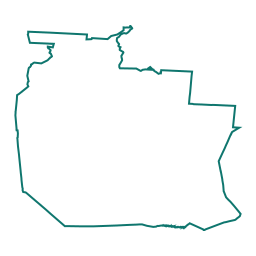 the district of Popes pag., Ventspils, Latvia
{"feature_id": "27541924B60510236800280", "entity_name": "Popes pag.", "entity_type": "district", "adm_level": 2, "iso_a3": "LVA", "parent_name": "Latvia", "parent_adm1": "Ventspils", "projection": "natural_earth1", "projection_center": [21.892, 57.437], "detail": "fine", "context": "isolated", "style": "outline", "palette": "teal", "viewbox_px": 256, "rotation_deg": 0, "n_neighbors": 0, "source": "geoboundaries", "source_scale": "gbopen_adm2", "svg_char_len": 4882}
<svg xmlns="http://www.w3.org/2000/svg" viewBox="0 0 256 256"><path d="M64.9,226.2L66.1,226.1L78.9,226.3L94.5,226.3L116.6,225.5L128.9,224.9L136.7,224.6L138.0,224.5L139.8,224.4L142.1,224.4L146.9,225.8L153.3,226.9L156.2,226.6L156.6,226.3L157.7,225.9L158.8,226.0L160.1,225.7L161.7,225.5L162.0,225.5L162.4,225.6L162.5,225.6L162.8,225.4L162.9,225.5L163.1,225.5L163.0,225.3L163.1,225.2L163.2,225.3L163.3,225.4L163.3,225.5L163.8,225.4L164.3,225.4L164.3,225.5L164.2,225.6L164.5,225.6L164.4,225.7L164.6,225.7L164.7,225.9L164.8,225.9L164.9,225.7L165.2,225.6L165.2,225.8L165.3,225.9L165.4,226.0L165.5,225.9L165.8,225.9L165.8,225.7L166.2,225.8L166.3,225.7L166.5,226.0L166.6,225.9L166.9,225.8L167.0,225.9L167.2,225.7L167.3,225.6L167.5,225.7L167.8,225.6L167.9,225.9L168.0,225.9L167.9,226.0L168.2,226.0L168.3,226.0L168.3,225.9L168.6,225.8L168.9,226.0L169.2,226.1L169.3,226.1L169.6,226.2L169.8,226.1L169.9,226.3L170.2,226.2L170.4,226.1L170.5,226.1L170.4,226.2L170.3,226.3L170.6,226.3L170.7,226.2L170.7,226.3L171.0,226.4L171.0,226.5L171.5,226.7L171.5,226.4L171.8,226.4L171.9,226.2L172.0,226.2L172.0,226.3L172.4,226.2L172.5,226.1L172.9,226.2L173.1,226.2L173.0,226.4L173.4,226.3L173.2,226.5L173.7,226.7L173.9,226.6L174.0,226.9L174.2,227.0L174.4,226.9L174.4,227.0L174.6,227.1L174.5,227.3L174.7,227.1L174.8,227.1L174.9,227.3L175.1,227.3L175.1,227.2L175.3,227.3L175.4,227.2L175.5,227.1L175.8,227.3L175.9,227.2L176.0,227.2L176.4,227.3L176.6,227.1L176.8,227.1L176.9,227.3L177.0,227.3L177.0,227.2L177.2,226.9L177.4,226.9L177.5,227.0L177.9,227.0L178.1,226.9L178.3,227.1L178.6,227.1L178.8,227.2L179.2,227.1L179.5,227.1L179.8,227.3L180.0,227.2L180.0,227.3L180.3,227.3L180.2,227.2L180.3,227.1L180.6,227.2L180.5,227.3L180.8,227.2L180.8,227.3L181.0,227.3L181.2,227.2L181.4,227.2L181.6,227.2L181.6,227.3L181.7,227.2L181.8,227.2L182.0,227.3L182.0,227.1L182.1,227.3L182.3,227.3L182.5,227.1L183.2,227.1L183.1,226.9L183.4,226.9L183.5,226.9L183.6,227.0L183.8,227.0L184.0,227.1L184.0,227.3L184.2,227.1L184.4,227.1L184.3,227.3L184.2,227.3L184.3,227.5L184.5,227.2L184.7,227.4L184.9,227.3L185.0,227.2L185.3,227.2L185.4,226.9L185.5,226.8L185.7,226.6L185.8,226.4L186.2,226.0L186.6,225.8L187.0,225.3L187.5,225.0L187.6,224.8L187.8,224.6L188.4,224.4L188.8,224.1L189.7,223.3L203.4,229.5L203.6,230.0L204.6,230.0L205.5,229.4L217.4,224.9L224.1,222.4L225.9,222.1L229.4,221.2L234.8,220.0L235.5,219.7L237.7,217.8L238.1,217.6L239.8,216.2L240.6,213.9L239.0,211.9L234.3,206.2L230.4,201.7L228.3,199.7L226.1,197.3L223.8,191.4L223.7,191.3L223.2,185.0L222.4,180.5L222.3,179.3L220.8,171.3L220.7,171.3L218.7,161.2L222.9,152.1L224.7,148.3L225.9,145.5L227.3,142.5L230.1,136.0L231.1,133.9L231.2,134.0L232.1,132.0L239.2,127.7L233.0,127.3L235.2,105.9L215.6,105.0L212.5,104.9L211.4,105.0L201.7,104.5L193.6,104.2L192.7,103.9L189.0,103.7L189.6,96.9L190.1,93.1L191.6,75.7L192.1,71.6L161.2,70.2L161.0,72.2L160.7,72.2L160.8,73.3L160.1,73.3L158.5,73.8L156.1,72.0L154.3,71.0L153.5,69.6L152.6,69.4L150.2,67.0L148.5,68.2L150.4,69.7L145.3,69.4L142.6,69.8L140.9,70.9L140.6,70.9L136.2,68.5L132.6,68.5L119.9,68.3L119.3,67.1L119.3,65.0L120.5,63.1L122.1,60.3L122.1,60.1L122.0,58.9L121.8,58.6L121.8,58.2L121.5,57.2L121.4,56.2L121.4,55.8L121.6,55.5L122.0,54.9L122.9,53.4L123.3,52.8L123.4,52.6L123.2,52.0L123.0,51.8L122.5,51.6L120.1,50.2L119.8,50.0L119.7,49.3L119.8,49.0L119.9,48.2L120.2,47.8L120.5,47.2L118.7,46.4L118.5,46.2L118.4,45.9L118.4,45.7L119.1,44.1L119.0,43.9L118.0,42.8L117.3,41.8L116.8,41.0L116.8,40.6L116.8,40.2L116.8,39.5L116.9,39.2L117.0,38.3L117.1,38.0L117.4,37.8L118.9,36.9L121.1,34.1L121.3,34.0L121.8,34.0L122.7,33.5L124.1,33.1L125.8,33.5L126.3,33.5L127.5,32.8L127.9,32.5L128.6,31.8L129.3,31.2L130.5,29.5L131.8,28.8L132.2,28.4L132.1,28.0L131.7,27.7L131.1,26.6L130.9,26.4L130.4,26.0L130.2,26.0L130.0,26.5L129.6,27.4L128.0,27.5L127.0,27.4L125.6,27.6L123.6,27.4L123.6,30.2L121.6,31.7L117.3,34.5L111.2,36.0L107.6,39.1L92.0,38.1L91.7,39.0L91.2,39.2L86.5,39.4L86.9,35.8L87.0,34.5L49.2,32.6L44.3,32.4L28.2,31.7L28.2,33.8L27.8,34.4L29.9,42.8L36.8,43.1L48.6,43.6L51.1,43.8L51.1,43.7L53.8,43.8L52.8,47.4L47.8,46.6L47.8,47.5L48.2,48.1L48.3,48.3L48.7,48.4L49.1,48.7L49.9,49.6L50.4,49.9L50.6,50.3L50.3,51.3L49.5,52.5L49.6,53.0L49.9,53.2L50.8,53.6L51.0,54.1L51.3,54.9L51.5,55.2L51.7,55.6L51.9,56.4L51.1,57.1L50.2,57.5L49.8,58.2L49.2,58.6L48.0,59.9L47.5,60.3L46.8,60.7L41.3,63.4L34.3,62.6L34.0,62.7L33.8,62.8L33.0,63.3L32.3,64.0L31.3,64.3L31.0,64.6L31.1,65.5L30.1,67.0L29.0,67.7L28.7,68.3L27.3,75.8L28.6,81.4L27.9,82.0L27.4,84.3L28.3,86.4L27.3,87.3L18.9,94.0L17.1,95.1L16.8,100.1L15.7,111.0L15.5,112.0L15.6,112.4L15.5,113.9L15.4,115.3L16.6,129.2L16.5,129.3L16.6,130.3L17.6,130.4L17.9,133.6L17.7,137.2L17.3,137.3L17.3,137.2L18.0,146.5L19.0,154.7L19.2,156.9L20.6,170.7L20.8,172.9L21.4,178.1L21.5,180.0L22.3,187.2L22.5,187.9L22.7,188.6L22.6,190.3L23.2,192.0L25.6,192.4L26.1,192.7L45.4,209.2L50.7,213.9L64.9,226.2Z" fill="none" stroke="#0f766e" stroke-width="2"/></svg>